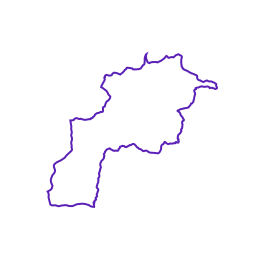 the district of Villanueva, Santander, Colombia, rotated 252°
{"feature_id": "7082276B83182882267594", "entity_name": "Villanueva", "entity_type": "district", "adm_level": 2, "iso_a3": "COL", "parent_name": "Colombia", "parent_adm1": "Santander", "projection": "albers", "projection_center": [-73.162, 6.684], "detail": "fine", "context": "isolated", "style": "outline", "palette": "violet", "viewbox_px": 256, "rotation_deg": 252, "n_neighbors": 0, "source": "geoboundaries", "source_scale": "gbopen_adm2", "svg_char_len": 5860}
<svg xmlns="http://www.w3.org/2000/svg" viewBox="0 0 256 256"><g transform="rotate(252 128 128)"><path d="M142.6,225.5L144.7,223.8L145.3,222.9L146.3,222.0L146.8,220.9L147.3,219.3L147.7,218.8L148.3,218.4L148.7,217.9L148.9,216.3L148.5,215.0L148.5,213.9L150.0,212.1L150.8,211.6L151.5,210.3L152.2,209.8L152.8,209.4L153.6,209.2L154.9,209.4L155.6,209.7L156.2,209.8L156.9,209.5L157.6,208.6L159.3,206.9L160.0,205.8L161.0,204.7L161.8,203.9L164.0,202.0L166.2,199.4L167.3,199.0L167.6,198.4L168.7,198.5L169.7,198.1L170.5,198.0L171.2,198.5L172.7,198.5L176.3,199.7L177.7,200.4L178.8,201.2L179.6,201.2L180.2,201.0L181.9,199.3L182.5,198.9L182.5,196.5L182.4,195.9L181.1,193.1L181.4,192.6L181.7,192.2L181.9,191.7L182.1,190.0L182.1,188.7L182.2,188.3L182.4,188.1L184.4,187.1L184.7,186.7L183.1,184.2L182.1,181.3L181.7,179.9L181.4,176.5L181.3,176.2L181.9,175.4L182.2,174.7L183.2,171.5L183.3,170.7L183.3,169.5L183.1,168.4L183.7,167.6L184.7,167.0L188.4,166.7L190.0,167.1L191.5,167.5L192.5,168.3L192.3,167.7L190.3,166.1L188.8,165.3L186.2,164.5L183.9,163.4L183.6,163.2L182.8,161.1L182.4,160.8L181.8,159.9L181.0,159.0L180.7,158.5L180.6,156.6L180.9,155.8L181.1,154.3L181.4,153.6L181.6,152.3L182.0,151.9L182.1,151.3L182.5,150.7L183.6,150.2L183.9,149.3L185.5,146.2L185.6,145.5L185.6,145.3L184.9,144.9L184.4,143.8L184.3,143.0L183.4,142.0L183.2,141.4L182.4,140.2L182.1,139.6L181.8,138.4L181.3,137.1L181.6,136.9L182.1,136.1L183.4,134.7L184.7,132.5L184.9,131.7L184.7,130.7L184.2,129.7L183.5,129.1L183.3,127.5L183.3,127.1L183.5,126.8L183.8,126.0L185.1,124.1L185.2,123.7L185.1,123.1L184.7,122.3L184.5,122.2L183.7,122.0L183.5,121.9L183.5,121.2L182.7,120.9L181.5,121.0L180.7,120.5L177.5,117.1L176.2,115.8L175.2,115.1L173.1,116.9L171.9,117.6L170.3,118.8L169.3,119.2L167.7,119.6L166.0,119.7L163.6,120.9L163.2,120.8L161.9,120.1L161.4,119.5L160.3,117.8L159.8,116.0L159.2,115.2L157.6,113.8L155.7,112.6L155.6,112.2L155.4,110.8L155.1,110.4L152.7,109.8L151.6,109.3L151.3,108.9L151.3,108.1L151.8,106.9L151.4,105.4L151.4,104.8L151.7,103.1L151.2,101.4L150.9,100.8L149.9,99.8L149.0,97.8L148.6,97.3L148.7,95.9L148.3,95.6L148.0,95.1L148.2,94.6L148.2,94.0L148.5,93.6L148.7,91.5L149.0,89.6L150.7,86.7L151.5,85.8L151.5,85.2L151.4,85.0L151.6,84.4L153.2,82.3L153.4,81.7L153.3,81.2L153.3,80.1L153.1,79.7L152.7,79.4L152.4,78.9L152.4,78.6L152.5,77.4L153.0,75.5L149.3,74.9L147.4,74.7L144.0,73.5L142.2,73.4L141.3,73.2L140.7,73.0L138.8,71.8L138.1,71.6L135.7,71.6L135.0,71.4L133.7,70.8L132.3,69.8L130.7,69.2L128.5,69.0L127.4,68.4L125.2,68.2L124.5,67.9L123.9,67.3L123.4,66.4L122.7,64.7L121.4,62.0L120.3,60.0L119.5,59.0L119.2,58.4L118.0,54.2L117.5,50.3L117.2,49.0L116.4,47.0L115.9,46.4L115.0,45.8L113.9,45.5L112.4,45.6L110.1,45.5L109.3,45.1L108.7,44.7L108.0,44.0L106.4,41.5L104.0,39.5L102.3,38.5L101.4,38.2L99.6,38.1L98.8,38.1L97.3,38.3L96.3,38.3L94.0,36.7L93.5,36.1L93.0,34.8L92.4,31.9L90.9,32.2L89.4,32.1L86.5,31.0L79.2,30.5L77.9,31.7L77.1,34.6L76.6,35.6L75.4,37.2L74.8,38.8L74.9,40.2L74.6,41.8L74.0,44.6L73.3,46.2L72.5,47.0L72.0,47.9L71.0,50.6L70.9,51.8L71.3,55.4L71.1,56.7L70.2,60.9L69.0,63.7L66.8,66.9L65.4,68.0L64.8,68.7L63.9,70.2L63.8,70.9L63.5,71.4L64.1,71.7L65.0,71.7L66.1,72.0L66.3,72.4L66.6,72.5L67.0,72.1L67.6,72.1L67.9,72.3L68.1,72.8L68.5,73.1L68.3,73.5L69.2,74.0L69.6,74.9L69.6,75.2L69.9,75.6L70.3,75.7L71.0,75.5L71.6,75.7L72.0,76.2L72.3,77.2L72.7,77.6L74.1,77.6L74.7,77.8L75.6,78.7L77.3,79.8L77.5,80.2L78.4,80.6L79.3,80.7L80.4,80.1L81.0,79.9L81.7,80.0L84.4,81.8L85.4,82.8L86.0,83.0L87.3,83.7L89.3,84.1L89.6,84.4L89.8,84.9L90.5,85.6L91.6,86.1L92.3,86.2L92.9,86.3L93.3,86.2L93.8,86.3L94.6,86.9L94.9,87.3L95.8,88.0L96.4,88.1L96.9,88.5L97.5,89.1L97.9,89.1L99.0,90.1L100.9,90.1L102.3,90.5L103.2,91.0L103.8,91.7L104.8,92.4L105.9,94.7L106.8,95.7L107.2,96.0L107.8,96.1L108.2,96.3L108.5,96.7L109.1,97.0L110.2,96.8L110.7,97.0L111.5,98.2L111.7,98.4L112.2,98.5L112.7,98.9L113.2,99.9L114.1,101.0L114.3,104.3L113.2,104.9L112.3,105.9L111.0,107.0L110.7,107.7L110.5,107.9L110.5,109.0L109.7,110.5L109.6,111.1L109.6,111.6L109.9,112.0L111.0,112.8L111.3,113.7L111.5,113.9L112.6,114.6L112.6,115.6L112.8,116.7L112.8,117.2L112.4,117.7L112.1,118.7L111.7,119.0L111.4,119.0L111.0,119.2L110.4,120.3L110.3,120.8L110.7,121.6L110.8,123.1L111.2,124.1L110.9,125.5L111.3,127.1L111.2,128.1L110.9,128.7L110.5,129.1L109.4,129.6L109.0,129.9L107.2,130.5L106.5,130.9L106.0,131.6L105.0,131.9L103.9,133.4L103.1,134.1L102.2,134.7L101.4,135.1L101.2,135.9L101.0,138.0L100.3,139.1L98.5,140.4L97.7,141.5L96.2,145.3L94.7,148.5L94.7,149.3L94.9,149.9L95.7,151.1L96.6,152.0L97.8,153.0L99.9,153.7L100.2,153.9L101.0,154.4L101.7,155.5L101.7,156.5L103.4,158.5L103.0,159.2L102.2,159.4L101.1,160.3L100.3,161.2L100.2,163.2L99.7,164.5L99.4,165.9L99.4,166.8L99.0,167.7L99.0,168.2L99.6,168.6L99.8,169.0L99.8,169.5L99.0,170.0L98.8,171.0L98.6,171.4L99.3,172.1L99.8,172.2L101.2,171.9L101.5,172.1L101.6,172.5L101.8,172.5L102.4,172.0L102.7,172.0L103.0,172.1L103.5,172.5L104.0,172.5L104.6,172.8L105.0,173.2L105.5,173.4L105.9,173.7L107.0,176.2L107.6,176.6L108.3,177.7L108.6,177.8L109.5,177.8L110.4,178.2L110.4,178.5L110.6,178.9L110.8,179.1L111.8,179.7L114.7,181.0L115.7,180.9L116.4,181.1L117.7,182.0L117.8,182.9L117.9,183.3L118.3,183.6L118.6,183.7L119.4,183.4L119.9,183.4L121.7,183.0L124.2,182.0L125.3,182.2L127.1,181.8L128.6,180.5L129.0,180.4L129.2,180.6L129.6,183.4L129.3,187.9L128.9,190.6L128.9,192.0L129.5,192.7L130.6,194.6L131.7,195.5L131.6,196.4L132.6,198.1L132.9,198.4L134.3,199.0L135.0,199.7L137.6,201.0L139.7,202.4L140.2,202.5L142.4,202.4L143.2,202.6L143.9,203.3L144.0,204.7L144.4,204.8L145.0,204.8L145.1,206.1L144.8,207.1L144.8,208.6L145.0,209.2L144.9,209.5L144.9,210.5L144.9,210.9L143.6,213.1L143.0,216.3L142.4,217.2L141.8,217.8L140.8,218.0L140.5,219.6L140.3,220.4L139.8,220.8L139.3,221.8L138.2,222.9L138.1,223.3L138.1,224.1L138.3,224.8L138.5,225.0L139.4,225.1L140.5,224.9L141.2,224.9L141.9,225.3L142.6,225.5Z" fill="none" stroke="#5b21b6" stroke-width="2"/></g></svg>